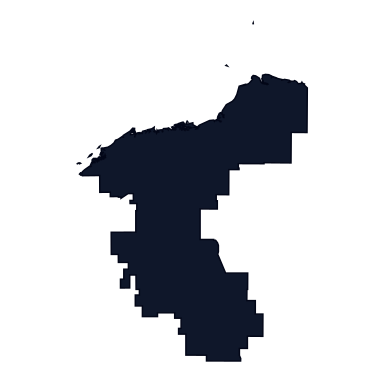 outline of Port Hedland, Western Australia, Australia
{"feature_id": "25037944B61185375235969", "entity_name": "Port Hedland", "entity_type": "district", "adm_level": 2, "iso_a3": "AUS", "parent_name": "Australia", "parent_adm1": "Western Australia", "projection": "orthographic", "projection_center": [118.535, -20.793], "detail": "fine", "context": "isolated", "style": "filled", "palette": "ink", "viewbox_px": 384, "rotation_deg": 0, "n_neighbors": 0, "source": "geoboundaries", "source_scale": "gbopen_adm2", "svg_char_len": 6007}
<svg xmlns="http://www.w3.org/2000/svg" viewBox="0 0 384 384"><path d="M185.9,355.1L206.5,355.2L206.5,360.9L240.6,361.0L240.7,358.5L239.4,355.5L239.4,348.4L247.4,348.4L247.4,336.2L262.8,336.3L262.9,314.1L255.3,314.1L255.3,300.6L246.8,300.6L246.9,289.4L247.6,289.4L247.7,273.1L225.6,273.1L217.7,254.3L218.4,251.7L218.4,245.4L217.5,242.8L215.6,240.3L213.7,240.3L213.7,239.5L200.1,239.5L200.1,208.9L217.3,209.0L217.3,200.8L216.2,200.9L216.2,194.6L228.7,194.7L228.8,169.6L239.0,169.6L239.0,168.2L238.3,168.3L238.3,163.6L264.0,163.7L264.0,162.7L291.0,162.9L291.2,132.4L307.0,132.5L307.3,87.9L304.2,85.0L304.5,84.0L302.4,83.2L301.9,82.2L301.3,83.3L298.3,83.8L296.5,81.6L294.6,80.6L293.5,81.3L290.7,81.2L290.2,82.1L289.3,81.9L288.9,82.5L288.5,82.4L289.3,81.7L289.9,81.8L290.2,80.9L289.1,80.2L284.5,79.4L282.2,80.0L282.4,79.6L275.9,78.1L276.2,77.8L272.0,76.3L271.8,77.3L272.3,76.8L272.7,77.2L271.6,77.3L271.4,75.9L268.8,74.7L265.4,74.4L262.6,75.2L262.1,79.7L263.2,80.5L263.2,81.1L262.2,80.1L262.7,82.3L267.7,83.7L268.0,84.2L267.3,84.6L262.2,83.4L260.9,81.8L261.2,82.9L259.4,78.2L255.7,75.9L253.2,75.5L251.7,77.1L251.6,78.4L252.4,78.7L252.4,79.6L249.0,83.4L247.1,84.4L245.7,84.3L245.6,85.0L243.0,85.6L243.5,84.9L239.2,86.2L236.9,94.5L234.7,98.9L232.3,101.4L226.4,104.6L222.6,110.4L221.7,112.7L222.0,112.1L222.3,114.2L224.0,115.0L223.1,116.6L224.6,117.6L223.4,117.5L222.9,116.6L223.5,115.0L222.0,114.5L220.5,112.7L219.3,113.4L218.4,115.4L219.0,115.8L218.0,116.1L217.6,117.3L219.1,118.2L219.6,117.7L219.9,117.8L219.1,118.3L218.0,117.8L217.4,119.2L219.3,120.3L220.2,121.6L221.6,120.6L220.9,121.8L219.8,121.6L219.1,120.6L216.7,119.7L216.5,121.4L216.4,120.0L214.5,120.4L214.8,120.9L214.5,121.4L213.5,120.1L209.6,120.5L199.3,125.2L197.6,126.8L198.5,126.4L199.0,126.8L197.8,127.3L197.8,128.7L196.1,129.0L197.3,127.6L194.7,127.4L196.3,126.6L193.0,124.8L192.8,122.8L187.3,124.2L186.7,123.6L187.0,121.5L187.6,121.7L187.2,121.2L186.9,121.7L186.2,123.4L186.3,124.2L184.7,124.2L184.1,124.5L184.0,125.3L186.4,127.2L188.4,126.5L191.4,127.8L190.6,128.1L189.6,127.1L188.6,127.5L189.8,129.0L188.2,127.4L185.9,128.0L187.9,129.9L189.2,129.7L187.9,130.2L187.1,129.3L187.0,130.6L186.6,129.3L184.9,128.2L185.3,130.1L184.7,131.1L185.0,130.0L184.4,128.3L184.4,129.1L183.7,129.4L184.2,126.9L183.3,128.5L182.7,128.0L182.4,129.1L181.8,130.0L181.2,129.5L181.4,128.6L182.3,128.8L181.8,127.8L182.7,127.2L182.1,125.4L183.1,126.6L183.5,126.2L183.0,125.6L183.6,125.8L182.7,124.5L183.4,123.2L184.1,123.3L183.4,122.2L182.5,122.2L177.8,123.8L180.6,123.7L181.9,124.9L180.7,124.5L180.5,125.9L179.7,126.1L180.6,127.9L180.1,128.4L180.3,127.4L178.8,127.4L179.2,126.4L178.4,126.4L179.6,125.7L179.2,124.7L175.2,126.9L176.7,127.3L175.3,128.6L175.8,129.5L175.2,129.9L175.0,128.7L175.8,127.3L173.2,127.8L172.6,127.3L173.7,127.0L172.8,126.7L171.7,127.1L172.5,128.6L173.9,129.1L173.8,129.6L173.0,130.2L173.5,129.1L171.4,130.0L168.6,127.9L167.7,128.2L167.9,129.6L167.1,128.9L165.0,129.3L166.4,129.0L166.5,128.4L163.5,128.6L162.5,129.9L162.8,131.6L161.8,132.0L162.5,131.2L161.4,129.8L158.5,130.2L158.2,131.0L158.8,131.7L158.6,132.8L158.5,131.6L157.2,130.2L157.3,132.3L156.5,133.4L155.9,131.3L154.3,131.9L154.0,131.4L155.2,130.8L154.0,129.0L154.2,127.2L151.8,128.8L146.7,129.9L150.2,130.7L150.3,130.8L150.6,132.2L150.1,130.9L149.3,132.0L149.2,130.9L147.9,130.3L146.0,132.5L145.7,130.5L142.6,131.3L141.9,132.8L142.6,133.9L140.9,132.8L140.5,133.5L139.8,133.6L140.3,133.1L139.4,132.6L137.1,133.0L138.3,132.9L136.9,133.3L135.1,135.6L134.6,137.6L134.9,135.0L135.8,133.8L130.5,134.7L130.4,133.5L131.1,132.7L133.0,132.2L134.1,133.1L134.8,132.8L132.5,131.2L134.7,132.0L135.1,132.7L134.8,131.6L133.0,130.9L133.4,130.8L132.9,129.6L131.9,130.8L132.7,130.9L131.4,131.3L131.5,130.2L133.1,129.5L133.8,130.9L135.1,131.5L134.5,130.1L134.6,128.4L132.7,128.2L130.0,131.2L123.3,135.4L122.9,136.3L123.3,137.2L122.4,137.1L122.4,136.4L118.1,139.3L115.5,140.2L114.0,142.9L111.2,145.3L107.9,147.2L102.7,148.2L103.6,148.3L103.4,149.1L104.1,149.3L104.4,149.9L103.1,149.5L102.1,148.0L101.2,148.3L101.4,152.7L100.8,152.7L100.0,154.9L101.5,155.4L102.3,152.6L103.9,152.1L102.6,152.8L102.8,153.4L102.2,153.9L103.6,153.5L102.2,154.3L101.4,156.3L102.8,156.6L103.7,157.7L104.4,157.0L104.0,155.9L105.2,155.5L105.0,155.0L105.1,154.6L105.5,155.5L104.3,156.3L104.6,156.8L104.2,157.7L105.4,156.9L105.7,158.2L105.1,157.3L104.9,157.9L103.6,158.0L103.7,159.8L103.4,157.8L101.8,157.6L102.2,157.9L102.3,158.4L101.9,158.2L101.7,159.2L101.2,159.4L101.5,159.6L101.3,160.5L101.2,159.6L100.4,159.3L101.6,159.1L101.3,157.7L100.2,157.6L100.4,157.1L99.7,156.8L98.5,157.2L97.5,158.9L98.5,159.1L99.1,159.7L98.3,159.4L97.8,159.9L99.8,161.0L98.5,160.5L97.5,161.9L97.0,161.7L97.9,160.6L95.9,159.8L96.6,159.5L96.3,158.7L94.6,159.3L95.2,158.4L93.5,158.4L92.2,159.7L92.1,161.2L93.1,161.7L93.0,162.5L93.9,161.5L94.7,161.4L93.9,162.1L94.5,162.1L95.6,163.1L94.4,162.3L94.0,162.6L91.6,162.6L90.6,164.8L91.3,166.2L90.7,166.7L89.9,166.0L84.7,169.7L82.3,171.9L82.1,173.0L80.6,172.8L79.5,174.1L80.9,175.2L81.9,174.9L82.3,175.7L99.7,175.5L99.8,192.3L110.3,192.2L110.3,196.6L118.4,196.5L118.4,197.1L121.0,197.1L121.0,198.3L128.0,193.6L133.3,193.6L133.4,200.5L130.0,200.5L130.1,203.5L136.8,203.5L136.8,210.7L135.8,210.7L135.8,232.2L111.2,232.3L111.3,254.4L118.3,254.4L118.4,262.4L128.4,262.4L128.4,269.2L123.8,269.2L123.8,279.2L120.5,279.2L120.5,288.0L129.7,287.9L129.7,275.0L136.0,275.0L136.1,289.4L139.4,289.4L139.4,295.0L135.3,295.0L135.3,305.9L142.4,305.9L142.4,316.6L157.5,316.6L157.5,312.8L174.7,312.8L174.7,318.2L181.1,318.2L181.1,328.4L178.6,328.4L178.6,334.1L185.9,334.1L185.9,355.1ZM174.3,125.2L175.8,126.4L178.0,124.7L177.5,124.2L175.1,124.6L174.3,125.2ZM88.8,156.7L90.9,155.7L92.5,153.4L89.8,155.2L88.8,156.7ZM98.2,147.9L99.1,147.6L99.8,146.2L99.3,146.5L98.2,147.9ZM79.5,163.8L80.4,163.4L79.1,162.8L78.8,163.0L79.5,163.8ZM226.0,65.5L227.2,65.9L226.5,65.1L226.0,65.5ZM76.7,164.0L77.6,163.7L78.6,163.1L78.2,163.1L76.7,164.0ZM253.0,23.5L253.4,24.3L253.2,23.0L253.0,23.5Z" fill="#0f172a" stroke="#020617" stroke-width="1.5"/></svg>